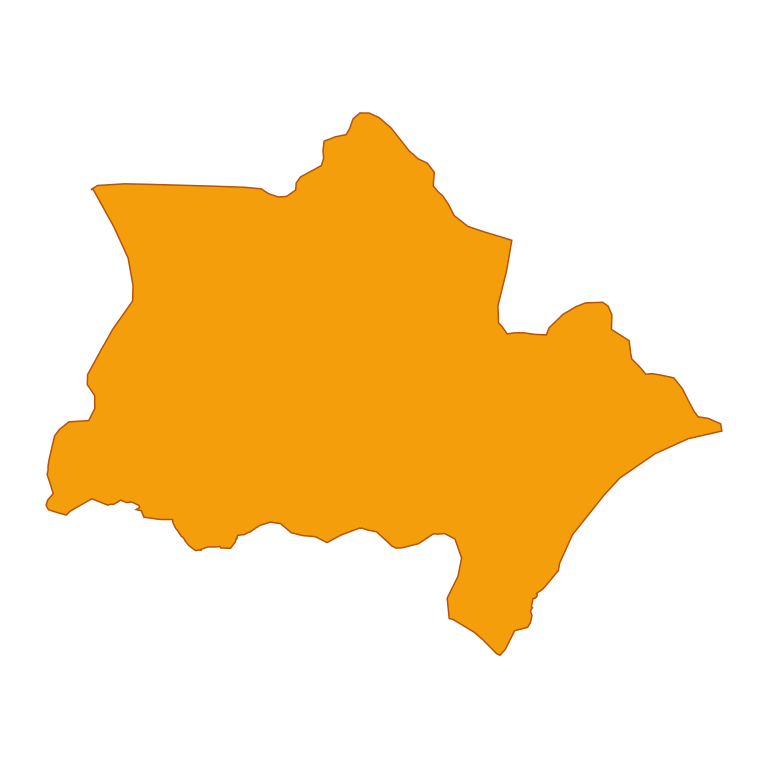 Salala, Bong, Liberia
{"feature_id": "62588387B82841165757499", "entity_name": "Salala", "entity_type": "district", "adm_level": 2, "iso_a3": "LBR", "parent_name": "Liberia", "parent_adm1": "Bong", "projection": "orthographic", "projection_center": [-9.988, 6.775], "detail": "fine", "context": "isolated", "style": "filled", "palette": "amber", "viewbox_px": 768, "rotation_deg": 0, "n_neighbors": 0, "source": "geoboundaries", "source_scale": "gbopen_adm2", "svg_char_len": 4302}
<svg xmlns="http://www.w3.org/2000/svg" viewBox="0 0 768 768"><path d="M721.9,431.0L720.6,423.8L716.6,422.1L708.3,418.4L698.1,416.8L693.8,410.9L689.4,402.6L688.4,400.6L685.2,394.3L682.4,388.7L673.8,377.9L661.4,375.2L652.3,373.6L645.9,374.2L639.4,366.6L633.0,360.2L631.9,359.1L630.8,354.2L629.3,342.2L629.1,340.7L611.4,329.4L611.5,326.9L611.9,314.8L608.1,306.1L602.7,302.3L585.5,302.9L584.2,303.4L575.9,306.7L563.0,314.3L557.6,319.6L549.0,327.9L546.4,334.9L535.1,334.4L531.4,333.9L523.8,332.8L514.7,332.8L511.2,333.3L507.1,333.9L504.9,330.6L502.3,326.9L498.5,322.6L498.3,315.6L498.3,315.2L497.9,305.8L500.6,295.1L503.1,284.7L506.5,271.2L511.8,240.3L488.3,233.1L485.4,232.3L473.5,228.3L467.7,226.3L454.2,215.6L448.7,204.9L448.5,204.5L448.3,204.2L442.9,196.1L440.7,194.1L440.0,193.5L438.1,191.8L433.2,185.9L434.0,176.4L434.0,176.0L434.3,172.3L427.3,163.2L418.1,158.8L409.0,150.7L391.2,128.1L381.3,119.5L379.4,117.8L369.1,113.0L364.7,113.0L360.6,113.0L360.1,112.8L353.0,119.0L349.8,128.2L346.1,134.7L343.3,135.2L335.3,136.8L326.4,140.3L324.1,141.2L323.0,150.4L323.6,158.5L321.4,165.5L312.4,170.5L300.5,176.9L297.7,180.9L296.2,182.9L296.1,184.5L295.7,189.9L293.1,191.8L286.6,196.4L279.4,196.9L278.5,197.0L268.8,193.8L262.0,189.4L261.3,188.9L245.2,187.3L211.2,186.1L210.9,186.1L201.1,185.8L147.4,184.3L124.8,183.8L118.4,184.2L97.4,185.5L90.9,189.8L93.1,189.3L108.1,216.4L109.9,219.6L113.9,226.9L128.1,258.0L133.1,285.8L132.8,293.9L132.6,301.0L118.7,320.8L112.7,329.3L105.2,342.7L104.7,343.7L102.8,346.7L101.2,349.7L87.6,374.6L87.3,384.7L94.7,395.5L94.7,402.4L94.8,408.5L88.7,420.6L68.9,421.8L66.6,423.7L59.2,429.6L59.0,430.0L54.6,435.9L53.3,441.6L52.6,444.4L49.5,457.7L49.0,460.2L48.8,460.7L48.7,461.4L48.6,462.1L48.0,467.0L48.1,470.1L47.5,472.3L47.2,474.8L48.3,478.1L50.1,483.4L50.6,484.9L53.2,493.6L47.8,499.9L47.2,501.7L46.9,502.7L46.1,505.1L47.9,508.7L48.4,509.7L57.7,512.7L66.3,515.0L70.1,511.3L74.6,508.6L76.8,507.3L91.8,498.8L93.2,499.3L101.4,502.6L105.4,504.2L107.8,505.1L111.0,504.2L111.7,504.2L113.7,504.3L118.4,501.6L120.4,500.1L126.4,502.5L128.8,502.4L130.7,501.9L132.3,502.3L138.7,505.3L139.8,507.4L136.1,509.6L141.3,510.7L144.0,517.4L144.7,517.3L159.3,519.4L160.0,519.4L161.6,519.5L162.3,519.5L165.2,519.5L169.9,519.5L172.5,519.6L172.7,520.8L173.2,523.4L175.9,528.7L176.6,529.4L177.3,530.2L178.8,532.5L181.4,536.5L182.1,536.9L183.4,537.7L184.2,539.1L185.2,541.0L185.4,541.2L188.8,545.5L195.5,550.6L196.7,550.4L197.5,550.3L198.8,550.0L199.7,550.1L200.3,550.1L201.0,550.2L200.8,549.5L201.9,549.1L206.9,547.3L208.0,546.9L209.7,546.9L214.3,546.9L215.9,546.9L216.6,546.9L219.6,546.5L220.8,548.0L224.7,548.1L230.3,548.3L230.5,548.3L232.2,546.1L235.0,542.5L236.2,538.9L236.7,539.0L237.1,538.1L237.1,536.8L237.6,535.4L239.0,535.3L240.6,534.9L244.1,534.7L247.5,532.8L250.2,531.9L255.1,528.5L255.6,528.1L256.3,527.8L259.6,525.5L262.4,524.6L268.6,522.7L270.4,522.1L279.6,523.5L280.6,523.6L291.2,532.7L302.6,535.6L311.2,536.3L315.3,536.7L317.2,537.6L327.0,542.6L327.6,542.3L340.5,535.3L341.1,535.0L359.5,528.1L360.6,528.4L361.6,528.0L366.5,529.7L376.7,531.9L383.8,538.5L386.6,541.0L392.4,546.5L393.8,546.7L395.6,548.1L401.1,547.9L401.7,547.9L417.7,543.9L418.8,543.5L421.3,541.9L432.3,534.5L432.4,534.4L433.3,534.3L434.2,533.7L437.2,534.1L443.3,533.7L444.6,533.6L445.8,534.2L448.1,535.3L449.5,536.1L451.3,537.0L453.5,538.3L455.0,539.1L455.4,540.2L455.7,541.1L456.6,543.7L457.6,546.4L458.5,549.1L460.2,554.0L461.6,558.0L458.0,576.2L454.2,584.0L454.0,584.5L451.8,588.8L449.7,593.1L449.5,593.5L448.0,596.6L447.6,597.4L447.2,598.2L449.2,618.6L452.6,619.2L453.1,619.6L458.3,622.6L469.3,629.3L472.4,631.2L473.3,631.7L474.2,632.2L474.3,632.3L475.1,633.0L475.7,633.6L477.5,635.1L479.1,636.5L483.1,639.9L485.1,642.0L485.7,642.6L488.5,645.4L490.4,647.4L490.5,647.4L496.4,653.5L499.4,655.0L500.0,655.2L504.3,650.5L505.3,649.5L512.7,634.6L514.6,630.8L514.6,630.7L525.5,627.9L527.6,627.3L530.4,622.7L532.0,615.6L531.9,615.5L531.7,614.6L530.4,610.9L530.5,610.8L532.5,607.7L531.4,606.7L532.7,599.8L532.9,598.8L534.4,598.0L534.7,598.4L536.9,596.6L537.1,594.1L536.4,593.5L543.1,588.9L543.5,588.4L553.7,576.2L558.4,570.5L559.6,563.3L565.8,549.5L572.5,534.7L594.6,507.0L603.8,495.4L610.0,488.6L619.7,478.1L644.6,460.9L655.1,453.7L658.4,452.2L688.2,438.7L721.9,431.0Z" fill="#f59e0b" stroke="#b45309" stroke-width="1.5"/></svg>